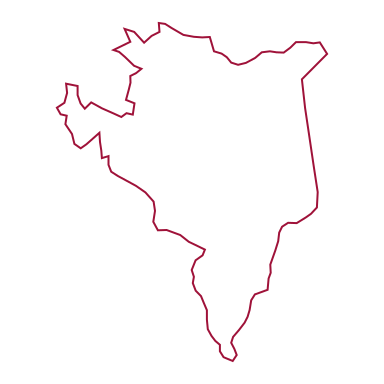 Aratuba, Ceará, Brazil (Mercator projection)
{"feature_id": "56859067B93489736245944", "entity_name": "Aratuba", "entity_type": "district", "adm_level": 2, "iso_a3": "BRA", "parent_name": "Brazil", "parent_adm1": "Ceará", "projection": "mercator", "projection_center": [-39.036, -4.434], "detail": "fine", "context": "isolated", "style": "outline", "palette": "rose", "viewbox_px": 384, "rotation_deg": 0, "n_neighbors": 0, "source": "geoboundaries", "source_scale": "gbopen_adm2", "svg_char_len": 1576}
<svg xmlns="http://www.w3.org/2000/svg" viewBox="0 0 384 384"><path d="M327.1,53.9L319.8,42.4L313.4,43.3L305.8,42.1L296.0,42.1L290.3,47.7L283.7,52.6L276.5,52.3L269.9,51.3L261.8,52.3L255.2,57.9L245.9,62.9L238.1,64.8L231.2,62.6L226.8,57.2L221.6,53.6L214.0,51.3L209.8,37.0L202.2,37.4L193.9,36.8L183.4,34.9L171.4,27.9L165.1,23.9L158.8,23.0L159.5,31.9L151.6,35.9L144.1,42.7L134.2,31.9L124.6,28.9L130.3,41.8L113.5,50.0L119.1,51.9L125.0,57.0L134.1,65.8L141.4,68.8L136.1,73.1L130.3,76.0L130.5,82.7L128.8,89.6L126.0,99.9L134.5,103.3L132.8,114.6L126.5,113.2L121.3,117.0L113.9,113.6L101.9,108.3L91.2,102.4L84.8,108.7L80.6,103.5L77.6,95.1L77.6,86.0L66.1,83.7L67.1,92.9L64.4,102.8L56.9,107.7L60.6,114.3L66.7,115.7L65.4,124.2L72.0,134.0L74.4,143.9L80.7,148.3L86.4,144.3L99.4,132.8L100.0,142.0L101.3,150.6L101.9,158.1L108.5,156.1L108.5,164.8L111.2,171.7L117.7,175.9L135.9,185.8L145.4,192.4L153.6,201.6L155.0,210.9L153.3,221.8L157.9,230.3L166.6,230.0L180.2,235.0L188.8,241.8L204.9,249.6L202.6,255.3L195.6,260.3L191.7,270.0L193.9,276.8L192.8,283.1L195.7,290.7L201.0,296.1L203.8,302.9L206.9,310.2L206.9,319.7L207.8,329.2L211.5,335.9L215.3,340.9L219.9,344.8L219.9,351.3L223.6,357.2L232.7,361.0L236.7,355.0L234.4,349.0L231.2,342.8L233.1,336.9L239.0,330.0L244.6,322.7L247.6,316.8L249.6,310.1L251.2,300.3L254.9,294.4L267.6,289.8L268.6,278.5L270.7,272.8L270.3,264.6L275.3,250.5L278.2,241.2L279.2,232.6L282.1,226.7L288.1,222.8L296.7,223.1L305.9,217.4L311.0,213.8L316.9,207.5L317.7,192.1L313.7,166.0L308.4,130.2L305.1,108.1L301.9,79.3L327.1,53.9Z" fill="none" stroke="#9f1239" stroke-width="2"/></svg>